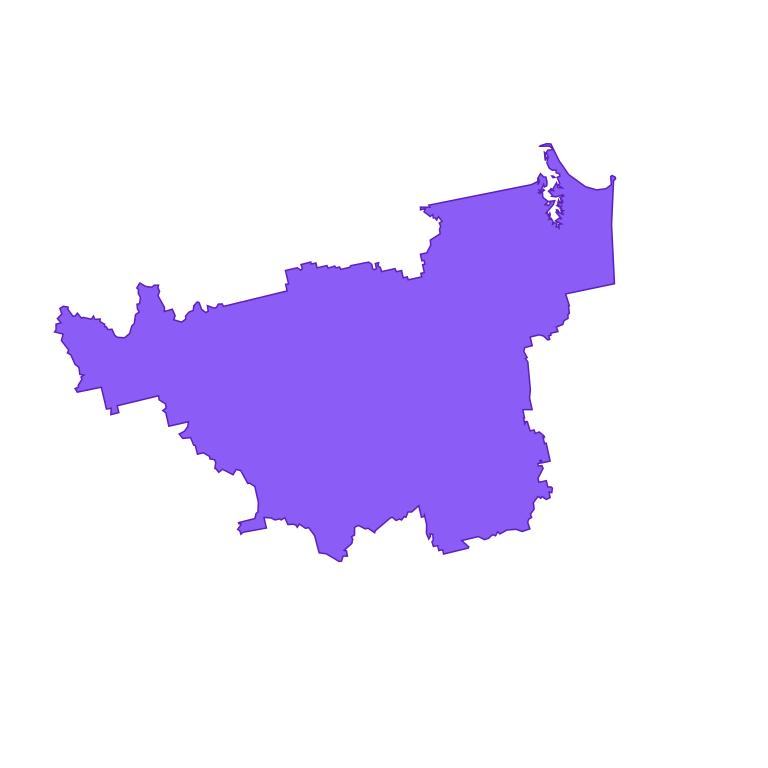 Gympie, Queensland, Australia (orthographic projection), rotated 339°
{"feature_id": "25037944B82919316631597", "entity_name": "Gympie", "entity_type": "district", "adm_level": 2, "iso_a3": "AUS", "parent_name": "Australia", "parent_adm1": "Queensland", "projection": "orthographic", "projection_center": [152.893, -26.177], "detail": "fine", "context": "isolated", "style": "filled", "palette": "violet", "viewbox_px": 768, "rotation_deg": 339, "n_neighbors": 0, "source": "geoboundaries", "source_scale": "gbopen_adm2", "svg_char_len": 6128}
<svg xmlns="http://www.w3.org/2000/svg" viewBox="0 0 768 768"><g transform="rotate(339 384 384)"><path d="M192.2,202.2L187.6,205.8L188.7,207.8L187.1,211.2L187.6,215.8L184.7,221.4L182.0,221.0L180.7,225.6L181.3,229.0L176.9,230.2L172.5,238.1L169.4,239.4L164.6,245.7L158.3,247.9L151.6,244.7L150.0,241.8L149.7,235.4L145.9,234.3L145.2,231.0L143.8,230.3L144.6,228.1L141.2,223.9L142.3,221.6L137.2,220.1L137.1,216.5L134.0,218.6L127.1,214.0L125.2,214.1L123.1,208.0L120.0,209.9L117.8,209.0L115.7,200.9L116.6,199.0L112.5,196.5L108.5,197.3L108.3,203.2L102.5,205.9L104.4,211.1L99.3,210.6L97.3,215.8L95.1,217.3L102.3,222.4L98.4,227.9L101.8,239.3L99.6,241.5L102.1,244.6L102.6,254.9L105.1,259.2L103.5,266.0L107.0,268.1L103.5,269.0L103.8,271.2L98.1,275.6L97.6,277.5L94.0,277.5L94.7,281.7L118.9,285.7L115.9,308.0L120.6,308.9L118.0,314.7L126.2,315.7L127.1,308.7L169.3,314.2L168.4,318.2L172.9,324.3L172.0,328.3L168.0,329.5L170.0,332.8L168.0,346.3L187.9,349.2L185.5,353.4L180.8,356.6L174.9,357.3L176.6,362.7L184.2,364.7L184.4,372.9L185.8,373.6L184.7,382.7L190.6,383.4L195.2,389.1L194.7,391.6L198.7,393.9L198.7,397.2L195.5,402.8L196.4,401.9L198.1,407.2L202.6,405.7L210.6,414.6L215.4,410.8L219.2,413.5L221.2,428.0L223.1,428.5L226.7,433.4L224.3,449.5L220.5,458.2L218.1,459.1L215.2,463.3L198.5,461.3L198.6,462.7L200.4,462.6L200.0,464.1L195.3,467.3L196.8,469.5L196.6,473.0L199.1,471.9L222.6,476.3L224.1,465.6L230.4,468.5L233.6,471.9L238.1,472.5L239.2,474.0L243.5,473.5L243.9,480.8L248.9,482.3L251.1,484.1L251.7,486.7L254.7,484.3L259.0,490.6L262.2,491.1L264.9,500.7L262.9,518.3L269.2,521.8L278.4,533.5L280.8,534.2L284.1,530.0L288.1,531.6L289.2,526.3L287.2,525.0L296.8,521.3L299.2,517.7L299.0,514.9L302.4,514.4L305.1,507.5L306.7,507.0L309.7,507.1L314.5,512.5L317.4,512.9L322.0,519.5L323.2,517.9L341.4,511.5L343.9,511.2L346.3,515.7L350.1,515.6L351.7,517.3L355.2,515.0L356.8,516.3L360.5,512.1L364.0,513.4L372.8,510.1L371.2,521.8L373.6,522.1L374.8,520.8L373.4,530.6L370.1,538.6L370.3,544.8L373.0,542.6L373.2,540.5L375.7,541.8L373.9,547.7L372.2,548.5L371.9,553.4L376.2,554.1L375.5,559.2L379.3,559.7L378.7,564.1L403.9,567.4L404.8,566.5L400.5,558.0L417.5,560.3L422.0,565.3L426.6,565.5L431.2,563.5L433.8,565.7L437.1,562.7L438.5,565.5L446.3,564.4L455.3,567.0L460.1,571.2L468.3,571.5L468.6,564.6L470.5,562.2L474.0,561.5L474.0,558.1L479.4,554.5L480.9,548.4L487.4,544.2L489.4,546.9L491.1,545.7L494.1,549.9L498.4,549.6L499.4,544.0L501.7,545.6L503.9,541.6L503.0,539.9L500.0,538.9L500.9,532.4L493.4,531.3L494.0,527.2L502.3,519.8L502.2,516.8L498.6,515.9L499.1,513.5L501.8,513.9L502.2,511.3L503.5,511.8L503.3,514.3L511.5,515.5L514.2,497.3L512.5,497.2L513.4,490.6L514.6,491.4L514.8,489.9L511.8,484.4L507.5,484.4L507.7,480.7L503.6,480.1L504.3,470.6L503.5,469.9L502.9,469.9L501.2,471.6L502.1,465.9L503.0,466.1L504.4,457.7L513.1,461.0L514.9,449.2L518.6,441.8L526.2,414.8L525.1,411.0L527.1,410.6L526.2,403.8L528.4,400.4L536.1,401.4L537.3,392.5L546.7,393.8L550.1,396.4L552.7,401.5L554.7,401.8L555.1,398.0L557.4,398.3L557.7,396.4L565.2,397.4L565.3,392.6L572.3,392.5L574.7,389.4L579.3,388.7L580.7,385.0L582.4,384.4L584.2,377.3L585.1,377.4L585.9,365.0L635.1,373.0L653.5,316.9L671.2,276.4L673.7,275.5L674.0,273.8L671.7,271.1L670.0,271.6L667.6,279.4L661.2,281.2L652.1,279.0L642.8,272.0L631.5,254.7L627.5,238.5L625.8,219.7L621.8,217.9L615.8,217.6L615.3,217.6L614.7,217.9L623.7,221.2L625.4,224.3L625.2,225.8L620.9,224.4L618.4,226.1L618.7,230.3L615.3,236.0L615.6,241.7L617.8,244.8L621.2,245.9L620.4,248.5L623.1,250.9L622.9,252.9L619.7,253.1L620.0,259.7L618.0,260.7L620.5,264.7L616.8,262.8L617.2,258.0L611.6,262.4L611.5,264.3L609.7,262.7L608.5,263.9L610.5,261.1L607.2,263.2L606.4,262.4L608.9,268.1L607.7,268.8L611.6,270.9L618.8,271.5L619.2,272.9L615.1,273.0L616.5,277.9L615.1,276.4L615.0,278.3L616.1,278.3L616.0,278.7L616.3,278.6L616.0,278.7L616.1,278.3L615.0,278.4L614.2,277.7L614.0,278.7L612.9,277.8L612.9,274.9L610.2,278.9L611.0,279.5L609.5,279.5L611.0,281.5L613.5,281.7L611.4,283.3L612.5,284.4L611.5,285.3L613.5,286.5L611.3,286.8L612.3,289.3L612.4,289.8L612.2,290.0L609.1,286.8L608.6,283.8L607.5,283.2L607.5,285.6L606.2,285.3L609.0,293.8L607.2,291.9L602.4,293.2L607.2,298.2L604.0,297.7L603.1,302.4L603.6,299.3L601.0,299.1L603.0,295.9L599.9,294.1L599.5,294.9L598.7,295.2L600.0,292.9L599.4,289.3L596.1,289.7L598.0,289.1L600.0,285.0L600.0,283.9L597.8,286.2L597.8,282.3L595.7,283.0L606.3,277.2L609.1,274.1L603.7,272.7L604.4,274.7L601.3,276.5L600.1,274.5L597.9,274.5L602.8,272.7L599.2,266.7L600.8,261.1L603.1,260.6L602.5,259.3L600.1,261.4L597.1,262.1L598.1,261.3L597.3,260.9L600.3,260.6L599.9,260.4L598.7,260.3L598.2,260.1L599.3,260.2L598.4,259.7L598.1,258.5L599.8,259.5L604.5,254.9L604.3,257.5L606.9,257.3L608.6,253.9L609.3,248.8L607.2,247.9L605.5,243.7L601.7,246.8L601.7,250.3L600.3,252.3L598.7,252.9L601.0,251.0L601.1,250.0L600.7,248.7L600.3,250.0L593.0,250.7L489.9,233.1L490.2,235.4L481.4,231.9L480.5,234.5L485.5,235.0L483.1,237.6L487.2,244.2L490.2,243.3L489.5,246.6L491.2,247.1L491.9,249.8L494.8,247.3L496.5,252.9L493.3,253.6L493.5,256.9L491.2,259.6L490.2,263.9L478.8,266.2L477.3,271.2L470.9,276.9L464.5,275.9L463.5,282.6L465.7,282.9L465.1,286.8L462.8,286.4L461.6,294.4L458.0,293.9L457.6,297.5L443.9,295.4L444.2,292.3L439.9,291.7L441.1,284.4L435.8,283.6L435.6,280.2L422.0,278.2L422.4,274.0L420.7,271.7L422.5,268.8L419.1,268.4L418.3,273.5L416.0,273.8L414.6,272.3L415.5,267.9L413.3,264.7L395.4,261.6L393.7,262.8L384.8,261.5L384.4,258.8L380.8,258.4L380.3,256.2L373.3,255.8L373.2,253.0L363.1,251.5L363.8,246.6L359.1,245.9L359.4,243.9L349.3,242.7L349.3,246.8L347.0,247.9L344.7,244.4L332.7,242.7L330.8,256.3L327.9,255.7L326.9,262.4L261.9,254.0L261.7,251.3L257.9,250.0L255.2,252.4L252.6,252.3L247.2,247.6L245.9,253.2L243.1,253.3L240.5,249.1L240.6,241.8L239.1,240.5L234.6,242.7L232.2,247.0L227.8,246.9L223.0,249.6L222.2,252.4L217.2,253.7L210.8,248.7L213.5,245.4L213.2,238.3L204.9,237.6L206.5,233.9L204.7,220.5L207.7,217.0L207.4,213.2L208.9,210.9L204.9,209.5L201.7,210.4L196.4,207.4L192.2,202.2ZM616.1,229.9L617.4,226.3L616.8,225.2L614.6,233.2L617.0,230.7L616.1,229.9ZM617.5,252.3L616.7,250.7L615.2,250.0L615.6,251.8L617.5,252.3Z" fill="#8b5cf6" stroke="#5b21b6" stroke-width="1.5"/></g></svg>